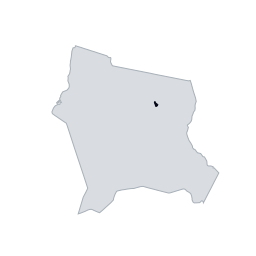 Nakuru Town West, Rift Valley, Kenya (highlighted), rotated 162°
{"feature_id": "3690345B66504215806483", "entity_name": "Nakuru Town West", "entity_type": "district", "adm_level": 2, "iso_a3": "KEN", "parent_name": "Kenya", "parent_adm1": "Rift Valley", "projection": "mercator", "projection_center": [36.068, -0.37], "detail": "fine", "context": "in_parent", "style": "filled", "palette": "ink", "viewbox_px": 256, "rotation_deg": 162, "n_neighbors": 0, "source": "geoboundaries", "source_scale": "gbopen_adm2", "svg_char_len": 3242}
<svg xmlns="http://www.w3.org/2000/svg" viewBox="0 0 256 256"><g transform="rotate(162 128 128)"><path d="M54.1,154.0L54.1,150.8L54.5,142.8L54.5,135.7L54.9,132.2L56.6,130.0L57.4,128.4L58.0,126.1L58.9,124.2L61.0,122.7L61.4,121.9L63.5,119.4L64.9,116.1L65.8,115.0L67.1,114.0L68.0,113.5L69.4,112.9L70.5,112.6L70.7,112.4L70.8,111.9L70.4,109.9L70.9,109.2L71.7,107.9L72.6,106.6L73.4,105.8L73.8,105.0L74.0,103.6L74.0,102.6L74.0,101.0L73.8,97.2L72.9,94.1L72.3,90.7L72.7,89.5L72.0,87.5L71.6,87.4L71.0,86.9L70.3,85.0L69.7,83.2L69.3,82.8L66.8,81.3L65.6,77.6L64.2,76.8L63.5,73.2L63.3,72.2L64.1,68.6L64.0,67.8L63.2,67.0L60.9,66.3L59.0,64.8L59.2,64.3L59.4,63.7L58.4,63.4L55.5,57.2L59.2,53.5L63.0,49.8L67.8,45.0L72.2,40.7L76.0,36.9L79.4,33.6L79.3,34.2L79.4,35.1L79.8,35.6L80.5,36.0L81.4,35.6L82.3,35.1L83.1,34.9L88.2,36.3L89.1,37.6L89.1,38.9L89.3,39.8L88.9,40.8L88.5,43.7L88.6,46.3L90.1,48.3L91.5,49.8L92.6,52.0L93.4,52.6L94.5,53.0L98.0,53.1L103.2,53.2L108.2,53.3L108.7,53.4L109.7,53.7L114.3,56.6L118.6,59.3L122.1,61.6L125.6,63.8L129.0,66.0L131.6,67.8L134.2,68.4L138.4,68.6L141.3,68.7L143.9,69.5L147.9,70.2L150.9,70.6L152.7,71.0L157.7,71.4L158.5,71.2L160.7,69.1L163.2,65.9L164.1,64.1L167.3,62.3L172.9,59.8L176.8,58.0L181.2,56.2L183.2,57.8L185.9,60.2L187.2,61.5L188.1,62.0L189.6,62.4L191.5,62.4L192.4,62.3L194.5,62.0L199.2,61.7L201.9,61.7L199.6,65.0L196.9,68.9L191.9,76.1L188.0,79.9L185.2,82.8L184.9,83.3L184.9,86.5L184.9,94.3L185.0,109.9L185.1,125.5L185.1,141.1L185.1,148.9L185.2,151.6L187.7,154.8L190.2,158.0L193.5,162.3L195.2,164.6L195.5,165.3L195.4,166.8L192.7,170.0L190.5,171.5L187.5,172.1L186.6,172.0L185.5,171.6L185.0,172.3L184.7,173.5L184.0,173.3L183.5,172.9L183.8,175.0L184.1,176.1L183.7,177.5L182.2,178.7L182.1,179.7L179.0,182.5L174.5,182.8L172.2,184.1L171.2,185.2L170.4,187.7L170.6,191.4L169.4,194.2L169.2,195.7L166.9,197.5L165.9,199.2L165.1,200.9L164.5,201.7L163.7,205.6L162.6,207.9L162.3,208.7L162.1,209.4L161.2,210.8L160.7,211.8L160.3,212.4L157.6,218.4L155.5,221.2L153.8,220.9L152.7,221.9L152.6,222.4L152.0,222.1L150.7,221.1L147.8,219.1L145.0,217.0L142.1,215.0L139.3,212.9L136.4,210.9L133.6,208.8L130.8,206.8L127.9,204.7L126.2,203.5L125.5,202.8L124.9,201.4L124.6,201.0L123.9,200.6L123.0,200.5L122.7,200.2L122.8,199.5L123.1,198.6L124.1,196.7L124.2,195.6L124.0,194.3L123.7,192.3L123.4,191.9L121.5,190.8L117.6,188.6L113.6,186.4L109.7,184.2L105.7,182.0L101.8,179.8L97.8,177.6L93.9,175.4L89.9,173.2L86.0,170.9L82.1,168.7L78.1,166.5L74.2,164.3L70.2,162.1L66.3,159.9L62.3,157.7L58.4,155.5L56.9,154.7L55.6,154.0L54.1,154.0ZM185.4,175.4L184.8,175.6L185.1,174.5L187.1,173.2L188.0,173.5L188.1,173.8L188.1,174.1L187.7,174.3L185.4,175.4Z" fill="#d9dde1" stroke="#a8b0b8" stroke-width="1"/><path d="M94.0,140.0L93.9,140.1L93.8,140.3L93.7,140.4L93.7,140.5L93.4,140.5L93.2,140.5L93.1,140.8L92.9,140.9L93.0,141.0L93.1,141.3L93.1,141.5L93.2,141.8L93.3,142.0L93.6,142.3L94.0,142.9L94.1,143.0L94.2,143.5L94.3,143.8L94.3,144.0L94.4,144.4L94.4,144.5L94.5,144.5L94.6,144.4L94.7,144.2L94.6,143.9L94.7,143.7L94.7,143.4L94.8,143.4L94.8,143.2L94.7,143.1L94.7,142.9L94.7,141.2L94.6,141.3L94.4,141.3L94.2,141.2L94.2,140.9L94.1,140.7L94.3,140.6L94.5,140.6L94.5,140.4L94.6,140.2L94.4,140.1L94.2,140.1L94.0,140.0Z" fill="#0f172a" stroke="#020617" stroke-width="1.5"/></g></svg>